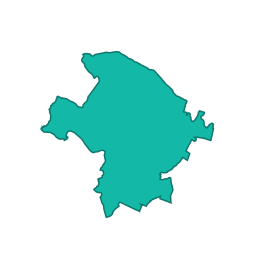 Axtla de Terrazas, San Luis Potosí, Mexico, rotated 149°
{"feature_id": "50627088B25246558937537", "entity_name": "Axtla de Terrazas", "entity_type": "district", "adm_level": 2, "iso_a3": "MEX", "parent_name": "Mexico", "parent_adm1": "San Luis Potosí", "projection": "robinson", "projection_center": [-98.863, 21.424], "detail": "fine", "context": "isolated", "style": "filled", "palette": "teal", "viewbox_px": 256, "rotation_deg": 149, "n_neighbors": 0, "source": "geoboundaries", "source_scale": "gbopen_adm2", "svg_char_len": 5760}
<svg xmlns="http://www.w3.org/2000/svg" viewBox="0 0 256 256"><g transform="rotate(149 128 128)"><path d="M203.1,171.8L202.7,169.4L201.9,167.6L200.1,166.6L198.8,165.5L196.7,164.1L196.4,163.3L195.0,161.1L194.4,159.4L194.4,158.2L194.0,156.7L193.1,154.9L192.6,154.1L191.7,153.3L190.7,152.8L188.7,151.9L188.9,150.2L187.0,150.0L185.9,150.0L184.8,150.6L184.4,151.4L185.7,151.9L184.7,153.0L184.6,153.7L183.4,154.8L182.2,155.6L180.5,155.8L178.7,155.0L178.3,154.5L176.0,151.2L175.9,150.3L173.3,142.4L173.3,141.6L173.1,141.4L173.2,140.0L173.1,136.7L172.9,134.6L172.5,130.4L171.7,126.6L170.8,125.2L169.7,124.4L168.6,124.4L166.1,123.2L163.4,122.8L161.8,122.4L161.2,122.0L160.3,120.8L160.1,120.3L160.0,119.7L160.0,119.2L162.1,117.2L162.8,115.6L163.4,113.9L163.7,112.6L164.4,111.3L165.0,110.7L166.2,110.1L169.1,108.9L170.9,107.5L171.8,107.8L173.5,106.3L171.4,104.1L172.3,101.6L173.0,100.9L174.0,100.5L174.7,100.5L175.6,98.9L179.2,99.6L179.6,99.0L180.3,98.2L180.4,98.5L180.6,97.7L180.8,97.5L181.0,96.4L181.8,95.2L182.5,94.5L183.5,93.8L184.8,93.9L185.8,93.3L186.3,93.2L187.3,93.3L188.6,93.0L188.8,92.9L188.9,92.4L188.9,91.9L188.4,91.1L188.2,89.8L188.0,89.4L185.8,87.3L184.9,86.8L184.3,86.3L184.3,86.0L184.4,85.5L184.8,84.6L185.4,83.9L186.1,83.5L187.7,82.8L187.7,81.8L188.2,79.5L188.4,79.2L188.9,77.4L188.8,74.4L190.3,71.1L190.5,70.5L192.6,63.0L192.3,62.4L191.6,62.4L189.5,61.8L188.4,61.7L186.3,62.1L185.0,62.9L184.4,63.7L183.8,63.9L182.0,64.8L179.7,65.3L177.0,65.5L175.9,65.7L176.0,66.3L175.5,67.4L175.5,67.9L174.9,68.0L173.4,68.8L173.0,68.5L163.6,54.2L161.9,52.0L161.1,50.5L160.8,50.9L156.3,54.2L156.3,56.3L152.6,51.6L151.2,52.5L148.2,53.3L146.9,53.9L146.9,53.5L146.7,53.5L144.1,54.2L143.7,54.0L142.4,53.9L135.4,52.8L136.9,51.2L136.9,50.8L129.6,41.7L129.4,42.4L126.5,48.0L121.8,51.4L121.2,52.1L120.7,54.1L120.1,55.1L120.0,56.0L119.7,57.4L118.2,61.1L117.2,63.2L117.6,63.9L119.0,64.3L120.4,64.2L121.7,65.0L122.5,65.1L123.3,65.6L124.5,65.7L125.2,66.1L125.7,66.4L126.4,67.3L126.9,67.4L126.2,68.6L125.6,68.7L125.6,69.1L124.9,69.4L124.8,69.8L124.8,70.8L123.8,71.1L124.5,72.2L122.2,72.9L121.6,72.2L120.4,71.2L119.8,70.9L119.4,70.6L118.6,70.2L117.8,70.0L117.4,70.1L116.9,70.0L116.1,70.3L114.2,70.0L113.4,70.4L112.1,69.9L111.8,69.9L111.3,70.4L110.4,70.4L109.5,70.9L109.2,70.9L107.9,71.3L107.5,71.1L106.0,71.2L105.5,71.1L104.6,71.9L101.2,72.2L99.7,72.9L96.2,74.6L93.8,69.8L88.2,74.3L90.2,78.5L85.0,81.8L82.0,83.5L79.7,85.1L79.2,84.8L78.5,83.8L78.1,82.5L77.0,82.2L76.5,82.2L75.6,82.8L75.3,83.2L75.2,84.3L75.3,85.0L75.7,85.5L75.7,85.8L75.2,85.6L73.9,84.7L71.2,82.6L70.2,81.8L69.4,81.2L69.1,80.7L68.8,80.4L68.2,80.1L67.0,78.8L66.3,77.7L65.2,76.7L64.2,75.3L63.4,74.7L56.2,82.2L55.5,83.2L55.1,83.5L55.4,83.9L55.5,84.2L55.5,84.4L55.3,84.6L54.4,85.0L54.1,85.7L54.0,86.2L53.8,86.4L53.7,86.7L53.0,87.2L52.9,87.6L53.0,88.0L53.6,88.9L56.5,88.9L58.1,88.3L60.2,87.3L60.5,87.4L60.6,87.5L60.7,88.6L61.5,90.2L61.4,91.2L61.2,91.6L60.1,93.2L59.4,95.6L59.5,96.0L60.3,97.8L60.2,99.0L59.9,99.8L59.2,100.2L56.8,100.3L55.2,101.1L54.8,101.5L54.6,101.8L54.7,102.2L54.9,102.7L56.4,103.9L57.4,105.5L57.8,105.8L58.2,105.8L58.9,105.5L60.2,104.5L60.5,103.9L61.2,103.3L62.6,102.4L64.9,101.1L66.3,100.5L67.4,100.1L68.5,100.1L69.3,100.4L69.6,100.9L69.7,101.6L69.6,103.0L68.9,104.2L68.7,104.8L68.7,106.4L68.6,106.8L68.1,107.2L67.5,108.0L67.5,108.3L67.9,109.2L68.2,109.7L68.6,109.8L69.1,109.8L69.6,109.6L70.5,108.8L70.8,108.7L71.1,108.7L71.2,109.0L70.3,109.6L69.8,110.6L69.8,111.1L70.6,112.1L71.7,112.8L72.1,113.2L72.1,113.4L72.0,113.8L71.6,114.0L70.3,114.4L70.1,114.6L69.3,116.1L67.8,117.1L67.2,117.8L67.1,118.0L66.6,118.5L66.4,118.8L65.2,119.3L64.5,120.0L63.7,120.6L64.2,122.2L64.8,122.7L68.3,128.6L69.9,130.6L71.0,134.9L70.9,135.9L70.3,137.2L70.5,137.7L70.7,138.8L71.4,141.5L71.9,143.1L73.0,146.1L73.3,149.2L73.8,151.3L73.8,152.2L75.9,163.3L76.5,164.6L79.2,166.8L79.8,167.1L80.4,167.8L80.1,168.7L83.3,173.9L84.4,175.4L84.4,175.8L86.9,180.1L87.9,180.9L88.1,181.2L88.5,181.9L88.9,183.6L90.2,185.8L91.6,187.0L92.5,189.9L93.9,192.6L95.7,195.2L96.4,197.6L99.0,199.6L101.3,200.5L102.2,200.8L105.2,202.0L106.6,203.3L107.7,204.1L109.2,204.7L110.0,204.8L118.2,207.9L120.9,207.7L121.9,208.4L122.5,211.0L124.7,212.8L126.4,213.8L127.4,214.2L128.3,214.2L128.7,214.3L128.6,213.9L128.7,213.1L129.2,212.2L129.6,211.9L131.0,211.4L132.1,210.6L132.6,210.1L133.0,209.3L133.1,208.6L132.8,207.2L132.2,205.9L132.5,204.9L132.8,204.5L133.0,203.5L133.1,203.4L133.2,202.8L133.0,199.6L132.8,197.2L132.2,195.1L131.3,193.2L131.0,192.1L131.0,191.1L131.1,190.0L131.4,189.1L131.4,188.6L131.3,188.2L131.0,187.9L129.3,188.4L128.1,188.2L127.6,187.9L127.3,187.5L127.2,187.1L127.2,186.7L127.4,185.7L128.2,183.6L128.9,182.5L145.1,175.6L145.6,175.7L148.8,172.6L150.2,171.9L151.3,171.9L153.6,171.3L154.4,171.0L155.3,169.9L156.3,169.1L157.1,169.4L158.3,170.6L158.7,170.7L160.1,172.6L160.5,176.0L161.1,177.0L161.7,178.4L162.5,179.1L162.6,179.7L163.0,179.9L163.5,180.4L164.2,182.1L164.8,182.9L165.0,183.5L165.3,183.8L165.5,184.5L166.7,185.5L166.8,185.8L168.5,187.0L168.7,187.5L169.2,187.4L169.5,187.6L169.9,188.3L170.0,188.7L170.7,189.4L171.4,190.9L171.9,191.3L172.4,191.3L172.9,191.2L173.4,190.4L173.9,189.9L174.6,189.7L174.8,189.3L176.1,188.3L177.1,187.8L178.2,187.5L178.8,187.7L179.9,187.8L180.2,187.7L180.8,186.9L181.4,187.0L181.6,186.7L182.0,186.7L182.3,186.9L182.6,186.9L183.0,185.9L183.9,185.5L184.1,185.2L185.3,184.8L186.0,184.5L186.2,184.3L186.2,184.0L185.9,183.4L185.9,183.2L186.2,182.7L186.7,182.4L187.1,181.9L187.2,180.6L187.9,178.3L188.3,177.6L189.3,176.6L189.5,175.9L190.4,174.7L191.5,174.5L192.8,174.1L193.3,173.5L194.3,172.7L196.1,172.4L196.9,172.0L197.2,172.0L197.8,172.2L198.8,173.0L199.4,172.7L199.8,172.1L200.3,172.2L200.8,172.3L200.9,173.1L201.5,172.2L202.2,172.6L203.1,171.8Z" fill="#14b8a6" stroke="#0f766e" stroke-width="1.5"/></g></svg>